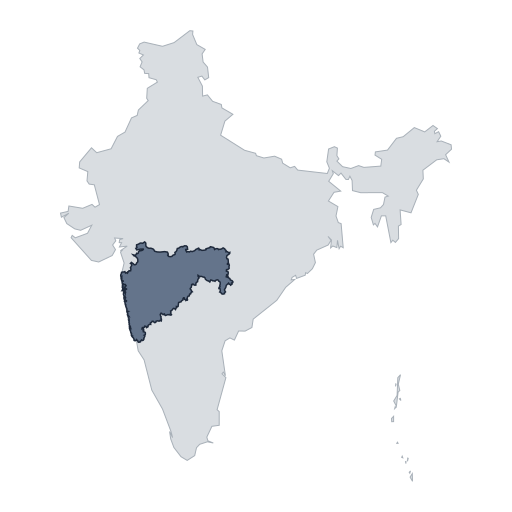 Maharashtra highlighted on a map of India
{"feature_id": "IND-2447", "entity_name": "Maharashtra", "entity_type": "State", "adm_level": 1, "iso_a3": "IND", "parent_name": "India", "parent_adm1": "", "projection": "robinson", "projection_center": [76.089, 18.818], "detail": "fine", "context": "in_parent", "style": "filled", "palette": "slate", "viewbox_px": 512, "rotation_deg": 0, "n_neighbors": 0, "source": "natural_earth", "source_scale": "10m", "svg_char_len": 9730}
<svg xmlns="http://www.w3.org/2000/svg" viewBox="0 0 512 512"><path d="M60.5,213.1L68.1,211.4L68.9,206.0L82.7,208.3L92.0,204.4L95.0,207.2L99.5,204.6L94.3,184.8L89.2,184.1L87.0,180.9L87.8,171.6L79.2,167.9L79.7,161.9L91.5,147.8L96.7,152.7L111.1,148.8L117.5,136.4L125.0,132.1L131.5,117.9L137.2,115.4L138.4,110.0L148.2,100.6L146.7,98.3L147.3,88.3L157.4,82.1L156.2,79.7L149.0,77.7L148.7,73.6L144.7,73.4L144.0,69.9L140.1,66.8L142.1,61.9L139.8,58.5L143.4,55.0L138.9,53.0L139.8,50.4L137.5,48.2L139.7,43.9L144.1,42.1L162.5,46.3L174.1,42.6L189.8,30.7L192.9,31.0L192.6,34.5L196.8,44.6L205.2,49.4L202.1,53.9L203.1,62.0L207.5,67.1L208.7,77.6L204.8,79.9L201.9,76.1L197.8,77.3L202.4,86.1L202.6,96.1L207.4,94.9L212.6,101.3L221.3,104.5L221.9,107.9L232.9,114.3L224.9,121.1L220.6,135.2L244.6,150.3L255.6,153.3L256.4,155.7L263.9,158.0L274.6,156.2L281.6,159.2L282.7,163.2L290.2,167.8L294.6,166.4L297.7,170.1L327.3,173.5L329.4,168.2L326.8,161.8L328.6,149.0L334.4,146.7L337.4,148.1L336.9,155.7L338.9,158.9L336.9,161.1L342.6,166.7L350.9,168.5L358.6,165.6L363.9,167.4L380.8,166.1L381.7,159.3L375.0,155.1L375.4,151.9L387.5,150.1L396.5,138.3L403.2,136.7L414.3,127.6L424.7,131.9L433.0,125.5L437.4,128.6L434.4,131.2L434.8,133.7L438.6,131.7L440.8,136.2L437.1,141.7L441.3,141.0L451.1,144.8L451.5,149.2L445.6,154.7L449.0,162.1L443.9,158.7L436.7,159.8L422.9,170.2L423.3,178.9L416.4,190.2L418.3,194.4L411.0,212.8L400.1,209.9L401.1,224.5L398.4,226.1L398.6,238.6L395.4,242.4L392.8,240.2L390.9,242.6L385.7,215.8L381.4,215.8L377.5,226.9L375.0,223.4L373.4,224.9L371.2,217.4L373.7,209.4L380.5,207.8L383.5,204.5L385.0,197.1L388.2,196.1L382.4,192.6L360.7,192.7L352.5,190.6L352.1,180.5L349.9,176.2L348.4,179.5L345.9,179.4L341.0,173.1L338.5,175.6L332.3,170.7L333.3,173.7L328.7,181.3L340.7,191.1L334.0,192.3L328.4,201.0L337.9,206.6L336.0,216.0L338.3,222.6L341.1,223.6L343.2,247.7L340.6,246.2L339.1,248.7L337.5,240.3L336.9,247.6L332.8,246.0L330.6,247.9L331.5,240.0L328.0,236.4L331.0,240.3L328.2,245.0L316.8,250.1L313.6,254.2L315.4,262.6L312.4,268.7L307.4,273.5L305.6,272.7L305.2,275.2L296.6,278.4L295.6,275.3L292.1,277.4L291.2,279.9L294.8,279.4L285.7,287.3L276.8,300.3L253.2,319.1L251.9,327.5L245.1,331.1L238.6,331.0L234.4,340.1L229.9,337.9L225.1,340.8L221.8,350.8L225.4,375.7L223.3,372.1L222.0,373.8L225.9,377.6L217.1,409.7L219.2,411.6L219.2,425.3L211.9,426.3L206.8,437.1L207.9,440.8L213.3,443.0L207.4,441.8L199.7,444.3L196.5,447.7L194.7,455.6L187.2,460.4L181.0,456.7L173.9,447.5L170.7,438.9L169.6,431.5L172.6,437.6L171.0,431.5L162.5,409.0L151.8,390.1L144.1,359.9L138.2,350.8L136.6,341.6L134.5,340.8L129.9,329.1L123.7,294.9L125.5,288.9L125.1,286.8L123.2,289.6L122.7,288.0L122.9,284.6L125.3,284.9L122.6,283.6L121.0,276.2L124.1,263.0L120.5,252.1L122.0,250.5L120.4,250.7L127.2,246.1L119.4,247.0L121.6,242.7L119.2,242.6L119.6,239.7L123.1,238.6L114.6,238.0L115.8,240.8L112.6,245.0L115.5,249.6L112.2,255.5L98.7,262.0L91.4,260.4L71.1,237.7L72.2,235.4L75.3,237.8L87.5,233.3L91.8,225.2L80.6,230.3L74.8,228.9L66.8,223.6L63.9,217.6L68.8,213.2L61.4,217.2L60.5,213.1ZM396.4,406.2L393.7,401.0L397.1,395.4L397.8,377.7L400.5,374.7L398.3,384.2L399.8,390.5L398.1,392.1L396.4,406.2ZM412.3,473.6L412.5,481.3L410.1,477.1L412.3,473.6ZM393.6,421.6L391.7,421.7L391.5,418.5L393.6,416.3L393.6,421.6ZM406.0,461.4L405.9,463.6L405.5,461.6L406.0,461.4ZM408.2,458.3L407.5,461.3L407.7,458.1L408.2,458.3ZM410.5,470.9L409.8,473.2L409.2,472.3L410.5,470.9ZM398.1,443.3L396.8,443.4L397.4,442.2L398.1,443.3ZM395.9,407.4L394.7,408.6L395.2,406.7L395.9,407.4ZM400.3,398.4L400.9,400.5L399.4,398.9L400.3,398.4ZM402.8,457.8L401.7,457.4L402.2,456.2L402.8,457.8ZM396.1,384.1L395.5,386.4L395.8,383.9L396.1,384.1Z" fill="#d9dde1" stroke="#a8b0b8" stroke-width="1"/><path d="M134.8,340.6L134.1,340.4L134.1,339.5L133.5,338.1L131.9,336.4L131.9,336.1L132.3,335.9L131.4,335.4L131.6,333.8L131.9,333.3L131.4,333.7L131.3,334.5L131.2,332.9L130.9,332.8L130.4,330.7L130.2,330.5L130.5,330.0L129.9,329.5L129.4,328.1L129.5,327.4L130.0,328.1L130.4,328.2L130.1,327.8L130.3,327.5L129.9,327.4L129.6,326.9L130.3,326.7L130.1,326.3L129.7,326.5L129.5,326.2L129.7,325.4L129.2,324.7L129.4,323.5L129.0,322.5L129.2,320.9L128.8,320.5L128.7,320.1L129.0,320.1L129.1,319.4L128.5,317.1L127.9,315.8L128.7,316.1L127.6,314.5L127.8,313.1L127.0,311.9L128.1,311.4L127.2,311.2L127.0,310.8L126.8,309.8L127.0,309.1L125.6,305.7L125.8,305.1L125.4,304.7L126.0,303.9L125.5,304.3L125.2,303.9L124.9,301.9L124.4,301.4L124.6,300.4L125.0,301.1L126.1,301.4L126.2,301.6L126.0,302.0L126.4,301.4L126.4,300.6L125.3,300.5L124.9,300.1L125.0,299.8L124.2,299.3L123.9,298.0L124.1,296.7L124.7,296.6L125.5,297.9L125.6,297.6L124.9,296.2L124.2,296.2L123.4,294.3L123.6,292.4L124.2,292.4L124.4,292.0L125.3,293.5L125.3,292.7L125.6,292.2L125.2,291.9L125.1,291.2L124.7,291.5L124.0,290.9L124.2,290.5L124.4,290.6L124.6,290.1L125.3,289.8L124.8,289.7L126.1,289.3L126.2,289.0L125.3,289.3L125.3,288.2L125.0,287.8L125.1,286.7L124.6,287.4L124.5,288.7L123.9,289.4L123.9,288.8L123.6,289.1L123.0,290.8L122.7,290.7L122.7,289.9L122.3,290.1L122.7,289.3L122.7,288.6L122.9,288.7L123.0,288.4L122.8,288.2L123.0,286.6L122.5,286.7L123.1,285.3L122.4,286.0L122.5,284.3L125.1,284.6L125.8,286.0L126.1,285.8L125.3,284.5L124.1,284.4L123.2,283.8L122.8,284.0L122.2,283.3L122.1,281.7L123.8,280.9L122.7,281.0L122.0,280.1L121.8,280.7L122.1,281.1L121.7,280.8L121.2,277.9L121.5,278.3L121.8,278.2L121.6,277.6L121.8,277.0L121.8,276.8L121.1,277.6L121.1,276.7L120.7,275.9L120.9,274.3L121.5,273.4L121.5,272.4L122.5,272.0L123.8,272.0L124.8,271.6L125.5,273.0L126.0,272.6L126.4,272.9L126.9,272.7L127.4,273.2L127.8,272.6L127.8,271.8L128.6,271.6L129.0,270.7L130.6,270.8L130.9,269.3L130.7,268.1L130.4,267.8L131.8,265.1L131.1,263.7L130.5,263.4L131.4,262.4L133.5,263.9L134.1,264.7L135.0,264.8L136.3,264.1L136.6,263.0L137.8,261.8L137.8,259.7L137.4,258.3L135.1,256.0L134.2,256.0L133.1,254.8L135.0,255.3L136.0,254.7L136.6,253.4L137.0,253.7L138.1,253.3L138.6,251.7L139.7,250.7L140.6,250.8L142.4,250.3L143.3,249.5L143.0,248.9L141.8,249.4L141.2,249.0L136.7,249.9L135.8,248.3L136.6,248.0L137.0,247.2L136.5,246.3L136.6,244.8L138.4,244.2L140.0,243.2L140.9,243.0L142.6,243.3L144.7,241.9L145.8,243.1L145.8,245.3L146.1,246.5L147.4,247.6L148.8,248.3L150.9,248.2L152.9,248.9L153.7,249.5L154.6,251.2L157.0,251.9L160.0,252.1L164.6,251.6L167.4,252.1L168.1,253.5L168.2,254.9L167.7,255.2L167.8,255.5L168.6,256.4L170.2,256.7L171.9,256.4L173.1,255.1L174.8,254.6L175.2,254.0L174.9,252.4L176.1,251.6L176.8,250.4L177.3,248.5L178.7,248.2L180.2,247.0L181.4,246.6L182.3,246.5L182.8,246.9L184.4,245.8L186.3,245.9L187.3,246.8L187.6,249.3L185.7,249.5L185.7,250.1L186.6,251.8L186.9,251.4L187.6,251.8L188.5,251.7L189.4,252.0L190.6,251.2L192.2,251.6L194.6,250.7L196.0,249.3L197.6,248.7L198.4,248.1L199.0,248.4L199.2,249.9L200.2,249.6L201.9,250.4L204.3,250.2L205.9,249.8L206.1,249.5L205.9,248.9L206.3,248.7L209.9,247.6L210.2,246.8L210.5,246.7L213.6,247.5L214.2,248.2L214.6,249.5L215.9,248.7L217.3,248.6L218.0,248.8L218.5,249.6L220.1,249.1L220.6,249.3L221.6,248.9L223.1,247.9L224.7,248.8L225.1,249.7L226.0,250.4L226.2,250.9L226.0,251.7L227.1,251.6L229.0,252.8L229.8,252.4L229.8,253.2L229.2,254.0L226.9,255.6L226.5,257.5L226.9,258.8L227.8,258.9L228.1,259.3L228.4,262.9L227.5,263.5L227.4,264.2L227.6,264.3L228.4,263.9L229.0,264.1L229.3,265.5L229.0,266.3L229.1,268.5L227.9,269.4L226.7,269.6L226.4,269.9L226.4,271.2L227.9,271.5L228.3,272.8L227.9,274.8L226.7,274.7L226.5,275.3L227.3,275.9L226.3,276.8L227.2,277.2L227.5,276.5L228.0,276.5L228.5,277.8L229.8,278.5L230.3,279.9L232.1,280.7L232.9,281.7L232.9,282.2L232.6,282.7L231.7,282.9L232.1,284.0L230.6,285.2L230.0,284.2L229.2,284.3L228.6,283.1L226.3,285.3L225.8,287.4L224.5,289.6L224.6,290.5L225.5,291.9L224.4,292.9L224.5,293.7L223.1,294.1L222.0,294.0L220.8,292.6L219.7,292.0L220.2,291.3L220.3,290.3L219.9,288.4L218.9,288.5L218.9,288.0L219.3,287.1L220.0,286.6L219.8,285.2L220.2,284.3L220.2,282.6L219.7,281.6L218.9,281.3L217.9,279.9L217.1,279.8L215.8,280.3L215.0,281.3L214.5,280.9L212.6,280.8L211.9,280.2L210.7,280.0L209.8,282.0L208.4,280.9L207.3,280.7L206.2,279.9L205.4,279.2L204.9,277.7L204.1,277.1L203.2,277.1L201.9,276.5L200.8,276.3L200.0,276.7L199.1,276.3L198.7,275.7L198.0,275.3L198.0,276.1L199.0,278.0L198.0,279.2L197.7,280.2L197.6,281.7L196.4,282.4L195.9,283.4L195.8,285.1L194.2,285.1L193.4,284.2L192.3,284.1L191.7,284.6L192.0,285.0L191.5,285.7L191.3,287.3L190.2,288.5L190.4,289.4L191.3,290.1L191.4,290.7L192.3,291.8L191.3,292.2L190.6,293.9L189.6,294.1L189.3,295.9L188.1,296.2L187.5,297.0L187.3,298.2L186.8,298.9L187.5,299.5L187.4,300.1L186.9,300.0L185.9,300.5L185.8,300.0L184.6,299.4L184.3,297.9L183.5,297.8L183.0,298.7L183.0,299.9L181.5,300.9L181.1,301.8L178.6,302.5L178.1,306.4L177.7,306.7L176.4,306.5L176.6,307.7L175.9,308.2L175.5,309.5L174.4,308.5L173.4,308.4L171.6,310.6L170.6,311.0L170.9,312.5L170.6,313.2L171.5,314.7L171.0,315.1L169.8,315.0L169.2,314.5L168.4,314.8L167.8,314.6L165.4,315.5L164.9,315.1L164.5,314.1L164.2,314.3L164.0,314.1L163.1,314.7L162.7,314.1L161.9,313.9L161.6,313.3L161.0,313.2L160.2,314.5L160.6,316.1L161.1,316.8L160.9,318.1L161.5,319.2L161.1,319.8L161.4,320.4L161.2,321.0L160.1,320.4L159.1,321.2L157.7,320.8L156.1,321.2L155.9,322.1L154.9,322.7L154.2,322.4L153.3,321.3L152.1,321.3L151.6,322.3L150.5,322.8L150.7,324.4L149.8,324.3L148.4,325.1L147.8,326.1L148.1,326.5L148.0,326.8L146.5,327.6L146.1,326.5L144.9,326.1L144.6,327.0L143.8,327.8L143.2,327.4L142.9,328.0L142.3,327.8L142.0,328.7L142.6,328.5L142.8,329.0L143.2,329.1L143.3,329.6L143.8,330.0L143.1,330.4L143.4,331.8L143.9,331.7L145.2,332.4L145.4,332.9L145.3,334.6L144.2,335.2L144.8,335.6L144.8,336.4L143.7,338.4L144.0,338.9L143.3,340.2L142.0,340.6L141.8,340.0L141.6,339.9L140.2,341.4L140.3,341.9L138.8,342.3L138.1,342.0L137.6,340.6L136.8,340.2L136.6,339.7L136.1,340.3L134.8,340.6Z" fill="#64748b" stroke="#1e293b" stroke-width="1.5"/></svg>